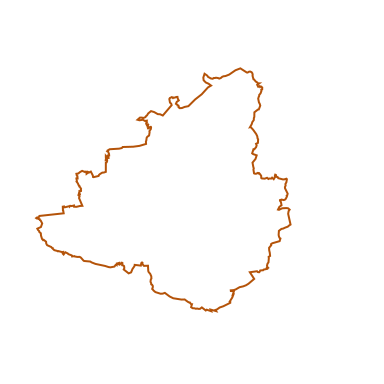 the district of Acultzingo, Veracruz, Mexico, rotated 218°
{"feature_id": "50627088B7660933321092", "entity_name": "Acultzingo", "entity_type": "district", "adm_level": 2, "iso_a3": "MEX", "parent_name": "Mexico", "parent_adm1": "Veracruz", "projection": "mercator", "projection_center": [-97.266, 18.708], "detail": "fine", "context": "isolated", "style": "outline", "palette": "amber", "viewbox_px": 384, "rotation_deg": 218, "n_neighbors": 0, "source": "geoboundaries", "source_scale": "gbopen_adm2", "svg_char_len": 5997}
<svg xmlns="http://www.w3.org/2000/svg" viewBox="0 0 384 384"><g transform="rotate(218 192 192)"><path d="M94.3,227.0L102.8,234.0L104.1,236.4L104.2,238.2L106.3,238.3L107.8,237.4L110.9,234.7L112.5,231.5L113.4,231.1L114.0,234.1L113.3,236.7L115.7,238.8L117.3,239.3L117.7,239.8L117.5,240.2L116.8,240.6L116.7,241.2L114.8,242.1L114.1,243.1L113.9,244.3L114.4,246.7L114.6,247.2L115.1,247.4L115.0,248.3L115.6,249.6L121.0,252.2L121.8,253.1L122.2,254.7L123.3,255.8L123.6,257.7L125.1,260.5L125.8,260.6L127.2,258.6L128.3,257.8L132.5,256.0L133.7,256.5L135.1,255.8L135.3,256.3L136.4,257.1L137.1,256.9L136.8,256.0L135.7,254.4L135.5,252.4L137.7,252.6L137.7,251.5L139.5,250.1L139.8,249.3L141.6,249.4L142.9,247.3L145.3,245.7L146.1,245.7L147.4,247.3L149.5,248.0L150.7,247.6L150.9,248.1L151.9,247.6L152.7,245.9L153.6,245.2L154.6,244.9L157.4,247.5L157.9,248.7L159.0,249.4L162.4,252.4L162.3,257.1L163.6,260.7L167.2,259.5L168.4,259.5L169.9,263.6L169.2,264.0L169.1,266.8L169.8,268.6L171.2,269.4L170.3,271.3L172.4,274.3L173.2,274.5L174.9,276.1L177.1,277.2L182.2,278.7L185.9,279.3L186.2,278.9L186.7,282.2L187.5,284.2L187.6,286.7L188.8,288.4L189.1,289.5L191.9,293.2L190.8,297.6L190.2,298.2L191.4,302.1L193.1,303.3L194.4,303.8L197.3,306.3L198.0,308.0L198.1,308.8L198.8,309.9L198.7,311.9L199.5,314.3L200.4,315.3L199.9,316.1L201.0,317.6L202.7,317.6L203.0,316.6L204.0,316.9L204.6,315.7L206.6,316.6L205.9,319.0L207.1,318.1L208.0,318.5L209.7,318.3L212.6,318.9L213.0,318.7L215.9,320.9L216.2,321.6L217.5,322.7L218.8,323.1L220.4,322.7L221.2,321.8L221.7,320.4L222.4,319.9L230.0,319.2L232.7,314.7L235.0,307.4L237.0,304.0L238.4,302.6L239.1,301.4L239.5,299.5L240.4,298.1L241.5,297.9L243.5,296.8L244.1,295.9L245.0,295.3L245.4,294.0L247.0,293.1L250.3,292.6L251.6,293.1L254.9,292.9L253.5,289.1L251.6,287.2L248.5,286.8L245.7,287.5L242.5,287.6L243.8,284.3L244.5,275.0L246.5,266.9L247.7,257.4L250.2,254.5L251.6,252.0L253.3,250.5L254.7,250.5L255.0,251.2L255.8,251.7L256.6,251.3L257.0,251.7L259.0,251.6L259.5,253.7L258.8,256.0L260.9,256.9L262.0,258.0L262.9,257.2L263.8,255.6L264.6,255.2L264.8,254.3L266.3,254.4L267.3,252.4L267.1,251.3L264.4,248.9L262.8,248.8L261.5,247.9L262.1,234.3L265.0,233.6L266.9,232.3L271.0,231.7L274.1,230.5L274.9,226.9L274.6,224.6L274.9,223.9L274.8,222.3L276.0,220.2L277.3,219.8L278.8,218.6L279.4,215.4L277.5,216.2L275.2,218.7L272.9,219.0L271.6,220.3L271.3,219.4L270.5,219.3L270.5,218.1L270.2,217.6L268.9,217.0L268.4,218.2L268.0,218.2L267.2,216.1L266.4,216.3L265.8,215.1L265.5,215.3L265.0,217.6L264.5,218.0L264.1,217.8L263.2,216.3L263.0,213.7L262.2,213.0L260.6,210.1L261.2,208.1L261.1,206.8L259.7,204.4L259.4,203.4L257.8,201.6L261.8,196.0L266.2,191.5L274.3,184.8L274.4,183.4L276.1,181.3L283.2,175.0L284.0,172.9L283.5,172.8L283.6,172.0L283.1,172.2L280.8,170.9L279.7,169.7L280.1,169.0L281.0,168.7L280.8,168.0L280.5,167.9L279.6,168.2L278.7,167.5L279.0,167.1L279.8,167.4L279.8,166.7L279.4,166.7L279.4,166.3L281.9,167.1L281.2,166.2L280.3,165.8L280.3,165.1L279.5,163.8L279.1,164.1L279.2,164.9L278.6,164.9L278.0,164.3L277.5,162.8L277.9,162.0L272.3,154.8L273.5,153.0L274.6,152.1L275.5,149.7L275.8,148.3L275.5,147.1L278.7,143.1L279.2,142.9L280.4,144.0L284.3,145.8L285.2,143.8L285.7,143.8L285.7,144.0L286.9,143.6L286.7,143.1L285.9,142.9L286.3,141.4L287.6,142.8L288.7,142.3L288.8,141.8L291.6,141.0L292.6,138.5L293.0,136.6L294.3,135.2L293.0,134.1L292.1,134.0L291.1,132.9L291.4,132.9L290.9,132.0L291.4,131.5L289.2,129.5L289.3,129.1L287.1,128.5L285.9,127.7L284.5,127.5L284.2,126.9L283.2,126.9L281.4,126.2L281.1,125.4L280.5,125.1L280.1,124.4L281.3,123.4L280.1,121.9L280.4,121.6L280.2,121.2L279.7,121.7L278.9,121.1L279.8,120.3L279.6,119.6L277.9,119.3L277.3,117.7L269.9,113.6L271.7,112.0L273.9,109.2L275.9,107.8L276.7,108.7L278.1,106.9L279.5,106.1L279.5,105.3L279.8,105.5L282.6,101.9L283.3,101.2L284.0,101.8L284.7,101.0L284.1,100.5L284.3,100.3L282.4,98.1L282.2,98.2L280.0,96.2L297.5,79.2L297.2,78.5L297.3,77.9L298.0,76.8L298.4,76.6L298.7,75.5L298.1,75.5L297.0,76.5L296.4,76.2L295.4,76.8L294.6,76.2L293.8,76.4L290.7,75.0L289.5,71.4L291.3,67.9L290.0,67.3L288.4,67.1L287.7,66.5L285.7,66.4L284.3,64.8L281.3,62.7L279.7,62.4L279.5,63.0L276.4,63.0L275.1,61.6L273.4,60.9L269.0,62.0L267.8,61.7L267.2,62.0L266.9,61.6L264.7,61.4L261.9,62.6L261.1,62.7L260.9,63.2L257.3,64.7L256.8,65.3L256.0,63.9L254.7,63.7L254.8,66.5L252.0,67.1L251.2,66.9L248.1,67.9L247.4,68.0L246.8,67.4L245.1,69.1L244.7,69.0L242.3,70.3L240.6,71.7L239.2,71.9L235.0,71.1L234.1,71.5L229.3,74.6L227.8,74.7L223.8,75.9L215.0,80.2L211.5,81.5L209.9,82.4L207.2,85.5L207.3,87.5L207.1,88.1L206.4,88.1L207.1,89.2L205.5,89.8L206.4,90.4L205.7,91.4L205.0,90.6L204.3,90.4L203.8,93.1L203.1,93.2L201.9,91.3L200.8,91.8L199.9,91.8L198.5,90.4L198.1,88.9L191.8,88.9L190.5,91.2L191.5,94.7L191.7,98.2L192.3,99.3L187.0,102.5L188.2,104.8L188.0,105.7L187.4,105.7L186.5,104.4L185.8,104.5L184.4,104.2L181.3,106.8L177.8,102.8L176.8,102.2L174.6,101.8L172.2,100.5L170.7,98.8L170.6,97.7L169.4,95.7L167.9,94.9L167.4,94.2L166.9,94.1L166.2,94.3L165.0,93.8L164.3,92.9L163.7,91.1L162.9,91.1L161.9,90.7L159.2,90.6L154.1,92.5L152.5,93.9L151.3,95.8L145.4,95.9L141.4,96.7L134.0,100.8L131.6,102.8L127.7,102.9L126.0,103.2L125.7,103.6L123.3,103.0L122.9,103.4L121.8,100.7L120.0,100.8L118.4,101.9L117.0,102.4L116.3,103.3L115.1,103.8L113.8,104.8L113.2,107.1L108.2,107.1L108.0,108.3L103.4,109.9L104.9,110.8L99.6,113.0L100.9,113.5L100.0,114.9L99.1,118.0L97.0,121.2L93.7,128.1L94.1,128.4L94.1,128.8L94.8,128.8L95.3,133.6L96.2,136.6L96.6,136.1L97.9,139.7L100.4,137.9L100.9,138.4L98.8,140.3L97.6,142.1L95.9,146.3L93.6,149.1L92.0,151.8L91.0,154.5L89.5,161.8L97.0,164.4L92.0,169.6L90.9,169.4L89.7,170.1L89.6,170.6L89.9,172.2L87.8,174.1L87.8,174.9L85.3,177.9L85.3,178.1L86.4,178.2L86.5,178.4L85.8,179.2L86.5,179.3L87.6,180.2L88.4,182.1L88.4,183.6L90.6,187.0L91.7,188.1L91.1,189.7L93.3,192.0L95.3,193.6L96.9,195.5L96.8,198.8L97.6,199.5L97.2,201.0L92.7,207.2L93.7,209.8L94.6,209.7L96.0,210.4L97.3,211.5L99.6,214.9L98.8,218.0L97.7,219.2L96.6,221.4L95.2,223.6L94.9,225.3L94.3,227.0Z" fill="none" stroke="#b45309" stroke-width="2"/></g></svg>